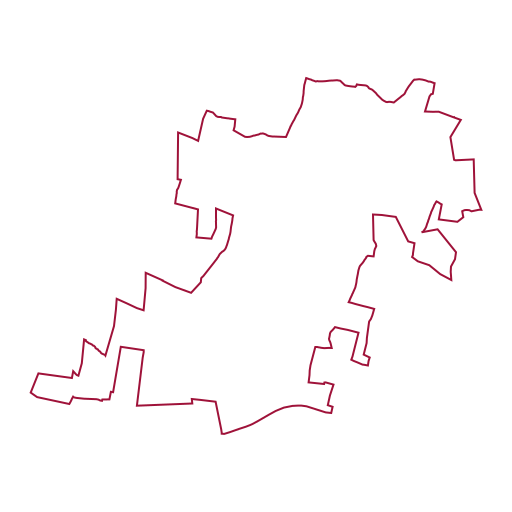 outline of Dzitás, Yucatán, Mexico
{"feature_id": "50627088B32826565100822", "entity_name": "Dzitás", "entity_type": "district", "adm_level": 2, "iso_a3": "MEX", "parent_name": "Mexico", "parent_adm1": "Yucatán", "projection": "orthographic", "projection_center": [-88.529, 20.833], "detail": "fine", "context": "isolated", "style": "outline", "palette": "rose", "viewbox_px": 512, "rotation_deg": 0, "n_neighbors": 0, "source": "geoboundaries", "source_scale": "gbopen_adm2", "svg_char_len": 5997}
<svg xmlns="http://www.w3.org/2000/svg" viewBox="0 0 512 512"><path d="M38.4,373.4L30.7,392.6L37.1,397.1L69.3,404.0L70.1,402.6L71.2,400.5L71.7,399.3L72.3,398.1L73.1,396.7L73.6,397.2L74.4,397.5L76.4,397.9L84.0,398.7L96.4,399.2L98.4,399.6L99.2,400.0L100.2,400.5L102.0,400.8L102.3,399.5L109.4,399.4L110.9,391.8L113.1,392.2L120.8,346.8L143.7,350.2L143.7,352.1L142.7,357.6L136.9,405.7L192.3,403.5L191.8,399.0L200.4,399.9L215.6,401.7L221.2,429.3L221.7,432.7L221.7,433.7L224.2,433.9L224.9,433.7L229.7,432.2L239.4,428.8L245.9,426.7L248.7,425.6L249.8,425.2L252.5,424.0L258.0,421.0L268.9,414.7L275.8,410.9L283.9,407.6L292.5,405.9L298.0,405.6L301.3,405.6L306.5,406.3L325.7,412.4L331.2,413.0L332.6,406.8L327.8,405.2L329.9,395.6L333.5,384.6L325.6,382.4L324.4,382.5L324.1,384.0L308.6,382.4L309.5,375.2L309.7,370.4L310.5,365.2L315.3,347.0L317.2,347.0L318.5,347.3L319.8,347.5L321.2,347.8L323.8,348.1L325.3,348.1L328.7,347.9L331.7,348.0L330.6,343.4L330.3,342.5L330.0,341.6L329.6,340.9L329.2,339.8L329.0,338.8L329.3,337.6L329.7,335.6L329.9,334.1L330.0,333.4L330.7,331.9L332.9,329.7L334.4,327.9L335.0,327.1L340.6,328.5L347.7,329.9L351.6,330.9L358.5,332.7L353.5,352.5L352.5,356.5L351.3,359.7L353.9,361.0L357.2,362.3L362.5,364.6L364.3,364.8L367.9,365.5L368.6,360.9L369.7,357.5L363.7,354.6L366.6,343.1L366.9,337.9L369.1,321.7L369.6,320.8L370.8,319.2L372.3,315.5L373.0,313.1L373.7,310.6L374.2,308.9L367.6,307.1L363.4,306.1L355.4,304.0L351.4,302.8L348.7,302.2L349.8,299.8L350.1,298.9L352.1,294.7L352.3,294.0L353.0,292.8L353.3,291.9L353.7,291.1L355.2,287.7L355.5,286.7L355.7,285.6L355.9,284.9L356.3,283.0L356.5,281.7L356.7,279.7L357.4,276.0L357.8,274.1L358.4,270.5L359.4,267.2L360.0,265.9L361.9,263.7L362.3,263.3L363.7,261.4L364.1,260.7L364.4,260.1L365.2,259.1L366.0,258.0L366.4,256.9L367.4,256.2L367.9,255.8L369.0,255.9L372.4,256.3L373.6,256.4L373.8,255.0L374.0,253.4L374.3,251.1L374.9,248.9L375.5,247.8L376.3,246.0L375.8,243.8L373.9,240.7L373.6,240.0L373.0,214.5L381.9,215.0L389.1,216.0L395.8,216.9L399.7,224.6L408.2,241.4L414.5,243.2L413.6,249.3L413.0,253.2L412.9,255.1L412.1,257.0L417.8,261.3L429.3,265.2L440.2,274.1L451.3,280.0L451.0,275.5L450.7,271.9L451.0,266.5L455.0,259.2L456.0,252.2L437.6,229.3L421.6,232.3L423.7,231.2L424.1,230.2L425.2,228.7L426.1,227.0L426.6,225.5L427.0,224.1L427.5,222.8L428.0,221.6L428.3,220.3L428.9,219.0L429.6,216.6L430.1,215.3L431.0,212.9L431.2,212.0L431.8,210.8L432.9,208.4L433.7,206.6L434.2,205.1L435.2,203.6L435.9,202.2L436.5,201.4L438.4,202.4L439.6,203.2L440.1,203.6L441.7,204.4L438.8,219.4L457.4,221.8L463.3,217.2L462.2,211.2L463.7,210.5L464.8,210.1L466.2,210.0L467.2,210.0L469.3,210.2L471.5,211.3L478.3,209.9L479.6,209.7L481.3,209.8L474.6,192.9L473.7,159.4L455.5,160.3L454.1,159.8L450.4,137.1L460.8,119.9L454.5,117.6L454.1,117.1L453.6,117.3L438.7,111.7L432.6,111.8L425.0,111.5L429.5,96.4L431.1,94.2L432.8,93.8L434.6,83.2L433.8,83.0L433.6,82.8L432.6,82.6L431.9,82.2L430.0,81.6L428.6,81.6L425.6,80.4L422.4,79.6L419.2,79.2L414.7,79.7L414.3,79.6L413.1,80.7L410.3,84.4L408.9,86.2L408.1,87.4L405.7,91.3L405.5,92.0L404.5,93.9L402.7,95.4L401.7,96.0L401.2,96.5L400.4,97.2L398.0,99.1L393.8,102.5L390.7,101.9L389.0,101.8L387.2,102.1L386.2,102.0L383.9,100.8L382.2,99.7L380.4,97.9L377.3,94.9L376.8,94.3L376.2,93.4L375.4,92.6L374.2,91.5L373.0,90.4L372.3,89.8L371.4,89.3L370.5,89.0L369.2,88.4L368.7,87.9L368.3,87.1L367.3,86.2L366.5,85.7L365.3,85.4L359.7,84.9L358.7,84.8L356.9,84.4L356.6,85.0L356.3,85.9L355.2,86.9L354.1,86.6L353.2,86.6L350.5,86.3L347.8,85.9L345.7,85.5L344.7,85.1L343.8,84.2L343.3,83.7L342.3,82.8L340.6,81.1L340.0,80.7L338.0,80.4L337.1,80.2L333.0,80.5L330.0,80.6L325.9,81.1L324.8,81.2L322.8,81.3L320.7,81.3L318.4,81.3L317.3,81.1L315.8,81.5L313.7,80.7L313.0,80.5L312.4,80.3L311.7,80.0L311.1,79.6L309.4,79.2L306.2,78.1L305.4,81.0L304.9,83.0L304.3,85.0L303.7,90.4L303.6,91.7L303.6,93.0L303.2,96.0L302.9,97.1L302.7,99.7L302.1,102.7L301.8,103.9L300.7,107.2L299.3,109.6L298.2,112.2L297.4,113.7L296.8,114.5L295.9,116.2L295.1,117.9L294.1,120.0L293.3,121.2L292.6,122.5L291.5,124.5L291.0,125.8L290.5,126.3L290.2,127.3L286.0,137.0L273.4,136.5L272.3,136.5L270.3,136.2L268.5,135.9L267.1,135.3L266.3,134.7L265.0,134.1L262.8,133.4L261.9,133.6L260.4,133.6L259.5,134.1L258.3,134.6L257.6,134.7L256.0,135.1L254.8,135.5L254.1,135.5L253.2,135.7L252.0,136.2L249.8,136.8L247.2,137.0L246.0,136.9L245.0,136.8L233.6,130.3L234.1,128.4L234.6,126.6L235.2,120.3L235.3,119.3L233.5,119.1L229.6,118.6L228.8,118.4L227.4,118.3L221.8,117.5L221.0,117.0L219.0,117.0L217.6,116.8L216.2,116.1L214.3,114.0L212.9,112.5L210.2,111.7L208.7,111.1L206.8,110.7L205.0,114.6L203.1,118.8L198.1,140.9L192.5,138.1L178.1,132.5L177.6,179.2L180.9,179.8L179.8,183.4L178.5,187.3L178.0,188.5L177.3,189.4L177.0,190.0L176.7,191.8L176.8,193.0L176.5,194.2L176.3,196.2L175.7,199.4L175.2,203.4L198.0,209.4L197.1,226.8L196.9,230.0L196.7,231.5L196.8,232.7L196.8,234.3L196.7,235.0L196.4,237.4L211.4,238.7L212.1,236.6L213.4,234.0L215.7,229.0L216.1,227.4L216.0,223.6L216.0,222.3L215.9,221.4L216.1,220.1L216.0,217.7L216.0,208.5L233.1,215.4L232.9,216.3L232.5,218.3L232.4,219.3L232.3,220.4L231.9,222.8L231.7,223.8L231.6,224.4L231.4,225.2L231.1,226.7L230.9,228.3L230.5,231.9L230.1,234.0L229.2,237.1L229.0,237.8L228.7,239.4L228.4,240.2L226.9,245.2L226.5,246.1L226.1,247.3L225.5,248.6L224.8,249.6L224.0,250.5L223.1,251.2L222.2,251.7L219.8,254.0L219.2,255.0L218.0,257.2L217.3,258.0L216.9,258.8L215.3,260.8L213.7,262.9L203.3,276.1L201.8,277.5L201.2,278.2L200.8,282.3L191.1,292.8L175.4,287.1L162.6,280.7L162.7,280.4L145.7,272.8L145.6,288.2L143.6,310.3L136.9,308.1L126.9,303.4L116.7,298.8L115.9,309.8L114.0,326.1L105.4,355.6L104.9,354.9L104.5,354.7L103.2,354.2L102.5,353.8L101.8,353.6L101.3,353.2L100.8,352.7L100.2,351.6L99.1,351.0L98.4,350.3L98.0,349.5L97.3,349.3L96.7,348.7L96.0,348.5L95.6,348.2L95.1,346.9L93.8,345.7L92.9,345.5L91.8,344.4L90.6,343.9L89.7,343.4L88.8,343.2L87.8,342.3L86.1,341.3L85.8,340.8L85.9,340.2L84.1,339.4L81.8,363.3L78.4,375.7L76.9,375.1L75.9,374.2L73.2,371.2L71.9,378.0L38.4,373.4Z" fill="none" stroke="#9f1239" stroke-width="2"/></svg>